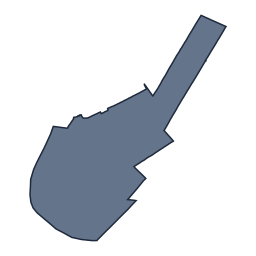 outline of Pristol, Mehedinti, Romania
{"feature_id": "2599482B70848507308942", "entity_name": "Pristol", "entity_type": "district", "adm_level": 2, "iso_a3": "ROU", "parent_name": "Romania", "parent_adm1": "Mehedinti", "projection": "equal_earth", "projection_center": [22.733, 44.25], "detail": "fine", "context": "isolated", "style": "filled", "palette": "slate", "viewbox_px": 256, "rotation_deg": 0, "n_neighbors": 0, "source": "geoboundaries", "source_scale": "gbopen_adm2", "svg_char_len": 4749}
<svg xmlns="http://www.w3.org/2000/svg" viewBox="0 0 256 256"><path d="M205.9,60.9L205.4,60.6L205.8,59.9L206.7,58.5L207.4,57.4L207.9,56.6L208.6,55.5L210.1,53.0L210.6,52.1L211.6,50.5L213.0,48.2L214.3,46.1L215.1,44.8L216.4,42.6L217.9,40.0L219.1,38.2L220.5,35.7L221.2,34.7L222.6,32.3L223.1,31.4L223.9,30.2L224.3,29.2L225.6,27.3L226.0,26.5L223.0,25.2L220.3,24.0L217.2,22.6L215.0,21.6L213.1,20.8L211.3,20.0L207.9,18.4L205.5,17.4L204.1,16.7L201.1,15.4L200.4,16.5L200.2,16.9L200.1,17.0L199.8,17.4L199.6,17.9L198.6,19.4L198.3,20.0L197.5,21.3L197.3,21.5L196.0,23.6L195.7,24.1L195.4,24.7L195.1,25.1L195.0,25.3L194.4,26.3L194.1,26.9L193.8,27.3L193.4,28.1L193.2,28.3L192.9,28.9L192.7,29.2L192.2,30.1L191.9,30.7L191.4,31.4L191.2,31.6L190.9,32.2L190.6,32.7L189.5,34.4L188.7,35.9L187.2,38.5L186.5,39.7L185.3,41.7L184.8,42.3L183.8,44.1L183.5,44.6L182.8,45.7L182.3,46.5L182.0,47.1L181.7,47.5L181.4,48.1L181.1,48.4L180.5,49.2L180.3,49.7L180.1,50.0L179.7,50.9L179.5,51.1L179.1,51.9L178.4,52.9L178.1,53.5L177.8,53.9L177.5,54.3L177.2,54.7L176.8,55.4L176.5,55.8L176.2,56.3L175.3,58.1L175.0,58.4L174.5,59.3L173.7,60.8L173.4,61.3L173.2,61.7L172.8,62.4L172.5,62.8L171.3,64.9L171.1,65.3L170.8,65.7L170.1,66.8L169.9,67.2L169.4,68.1L169.1,68.5L167.6,71.3L167.3,71.8L166.5,73.3L166.4,73.6L166.0,74.2L165.7,74.7L165.2,75.6L165.0,76.0L164.5,76.7L163.8,77.8L163.7,78.1L163.5,78.3L163.1,79.0L162.6,79.8L162.4,80.1L162.0,80.8L161.9,81.1L161.5,81.8L161.2,82.5L160.7,83.4L160.4,83.9L160.2,84.3L159.9,84.8L159.7,85.2L159.4,85.6L158.9,86.5L158.7,86.9L158.2,87.8L157.8,88.3L157.7,88.5L157.6,88.8L156.7,90.1L155.4,92.0L154.2,93.8L153.3,95.3L153.0,95.7L152.8,95.9L152.5,95.6L151.4,94.0L149.5,91.4L148.5,89.9L147.4,88.3L146.3,86.9L145.9,86.1L144.5,84.4L144.4,84.3L144.3,84.6L145.6,87.3L145.9,87.8L146.3,88.5L146.4,88.8L146.5,89.0L145.9,89.4L145.1,89.7L144.9,89.8L144.7,89.9L144.5,90.1L144.2,90.2L143.4,90.7L142.9,90.9L142.4,91.2L141.0,92.0L140.7,92.1L139.1,93.1L138.9,93.2L138.7,93.2L138.4,93.4L138.0,93.6L137.7,93.7L137.0,94.1L136.6,94.3L136.4,94.4L134.2,95.5L133.9,95.6L133.7,95.7L132.9,96.1L132.2,96.6L131.6,96.8L131.4,97.0L131.2,97.1L130.9,97.2L130.6,97.4L130.4,97.5L130.2,97.6L130.0,97.8L129.8,97.8L129.3,98.0L128.6,98.3L128.4,98.5L127.9,98.8L127.3,99.1L126.6,99.5L126.3,99.7L125.8,99.9L125.5,100.0L124.3,100.5L124.1,100.7L123.5,101.0L123.2,101.2L122.9,101.4L121.8,102.0L121.5,102.2L121.3,102.3L121.1,102.3L120.8,102.3L120.4,102.5L120.2,102.7L119.9,102.8L119.4,103.2L119.1,103.3L117.8,103.8L117.6,103.9L117.3,104.1L116.6,104.5L116.3,104.7L116.0,104.8L115.1,105.2L114.6,105.4L114.0,105.7L113.7,105.9L112.5,106.4L112.0,106.5L111.3,106.8L111.2,106.8L110.5,107.2L109.8,107.5L109.6,107.6L109.1,107.8L108.8,107.9L108.2,108.1L108.0,108.3L107.7,108.5L107.6,108.9L107.7,109.1L108.0,109.5L108.0,109.8L108.0,110.0L107.9,110.2L107.5,110.6L107.2,110.8L106.9,110.9L106.5,111.1L106.3,111.2L104.9,111.8L104.6,111.9L104.5,112.0L104.2,112.2L104.1,112.3L103.9,112.4L103.7,112.5L103.1,112.8L102.6,113.0L102.4,113.1L102.0,113.3L101.7,113.4L101.3,113.6L100.4,112.0L100.2,112.1L98.2,113.0L95.7,114.2L92.6,115.6L89.8,117.0L88.1,117.8L87.9,117.8L87.6,117.9L87.3,118.0L87.2,118.0L86.9,118.1L86.7,118.2L86.3,118.1L85.8,118.1L85.6,118.1L84.6,118.1L84.0,118.2L83.9,118.2L83.6,118.2L83.3,118.0L82.8,117.6L82.6,117.5L82.4,117.3L82.2,117.2L82.0,116.5L81.8,116.3L81.6,116.1L81.5,115.5L81.3,115.0L81.1,114.8L80.6,114.9L80.5,115.1L80.5,115.3L80.3,115.4L80.1,115.4L79.8,115.3L79.6,115.5L79.4,115.6L79.3,115.3L79.1,115.5L79.0,115.8L78.7,115.8L78.9,116.0L78.6,116.2L75.3,117.2L74.1,117.3L73.8,117.3L73.4,118.3L73.7,118.9L72.5,120.3L71.6,121.7L69.3,125.0L68.9,125.4L68.7,125.7L68.6,126.1L67.8,127.3L67.7,127.9L67.3,128.2L64.0,127.8L53.3,126.4L50.6,134.0L44.2,147.9L37.1,161.8L33.7,169.3L30.7,179.3L30.4,187.1L30.0,194.7L30.9,202.3L33.1,207.9L35.7,211.1L37.2,212.9L44.3,218.9L51.4,224.9L56.1,229.0L63.1,232.6L67.4,235.0L71.8,237.4L81.5,239.5L92.0,240.6L96.8,240.6L98.3,239.0L100.1,237.2L103.3,233.9L106.0,231.2L110.2,227.1L121.0,216.2L124.1,213.1L127.7,209.6L131.2,205.7L134.1,202.7L136.1,200.6L133.6,200.2L130.6,199.9L127.7,199.6L132.1,194.4L136.6,189.2L140.0,185.0L143.4,180.8L145.0,179.3L145.8,178.4L144.0,176.6L142.2,174.8L140.3,173.0L138.5,171.3L137.0,169.8L135.5,168.4L134.0,166.6L136.8,164.7L138.9,163.4L140.0,162.7L141.8,161.4L143.9,160.3L145.9,158.8L147.9,157.4L150.7,155.9L152.9,154.6L154.0,153.7L160.8,149.2L166.5,145.5L171.2,142.4L172.3,141.8L173.4,141.1L171.3,138.6L167.5,134.4L164.7,131.2L164.0,130.6L165.6,128.0L168.5,122.9L170.8,118.6L173.1,114.7L174.5,112.5L176.4,109.3L178.1,106.1L179.5,103.8L180.9,101.4L182.4,98.9L184.0,96.4L186.3,92.5L189.2,87.8L191.6,83.8L192.5,82.5L193.8,80.4L197.9,73.6L201.1,68.2L202.1,66.5L202.6,65.6L204.8,61.9L205.9,60.9Z" fill="#64748b" stroke="#1e293b" stroke-width="1.5"/></svg>